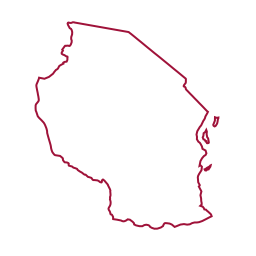 United Republic of Tanzania, Mercator projection, rotated 10°
{"feature_id": "TZA", "entity_name": "United Republic of Tanzania", "entity_type": "country or territory", "adm_level": 0, "iso_a3": "TZA", "parent_name": "Africa", "parent_adm1": "", "projection": "mercator", "projection_center": [35.057, -6.356], "detail": "fine", "context": "isolated", "style": "outline", "palette": "rose", "viewbox_px": 256, "rotation_deg": 10, "n_neighbors": 0, "source": "natural_earth", "source_scale": "50m", "svg_char_len": 4408}
<svg xmlns="http://www.w3.org/2000/svg" viewBox="0 0 256 256"><g transform="rotate(10 128 128)"><path d="M93.4,181.5L92.4,181.1L90.5,180.0L87.9,179.1L85.8,178.1L84.9,177.1L82.9,176.7L81.1,176.5L79.5,175.6L77.9,175.5L76.3,175.3L75.9,174.6L75.8,173.3L75.3,172.9L74.1,172.6L72.8,172.6L72.0,172.8L71.5,172.7L70.5,171.9L69.5,170.8L69.1,169.2L67.6,168.2L65.9,167.3L61.1,167.4L60.3,167.2L59.2,166.3L57.8,165.0L56.8,163.4L55.8,161.3L55.4,160.0L54.8,158.4L53.7,156.1L52.0,152.7L50.7,150.0L49.3,147.0L48.8,144.9L47.7,142.5L45.9,139.6L45.0,138.4L44.1,137.4L41.5,135.4L38.6,133.4L37.1,132.1L35.0,128.2L34.1,126.8L33.5,124.3L33.1,121.7L33.3,120.6L35.1,117.3L35.3,116.3L35.1,115.1L34.2,112.4L33.5,110.7L33.0,109.2L32.0,106.7L30.7,103.3L30.3,101.8L30.4,100.7L31.1,97.8L31.7,94.8L31.7,93.9L37.2,94.0L38.1,93.4L41.3,91.4L44.8,87.5L45.5,85.9L46.9,83.4L48.3,82.2L48.8,81.3L49.2,79.9L49.6,78.8L51.5,77.1L53.3,75.8L53.1,75.3L52.9,74.9L53.2,74.6L54.1,73.9L56.0,73.3L56.4,72.0L56.4,70.5L56.1,69.7L56.2,68.7L55.9,68.2L54.6,68.1L52.8,67.3L51.2,67.0L50.2,66.6L49.8,66.3L49.6,65.4L49.9,64.4L50.1,64.1L50.5,63.1L49.8,62.5L49.6,62.2L49.9,61.7L51.5,58.4L51.9,57.9L52.6,57.9L53.7,57.5L54.7,57.3L55.6,57.4L56.2,57.3L56.7,56.8L57.2,55.6L57.6,53.4L57.4,51.7L56.6,50.3L56.3,48.3L56.7,45.5L56.4,43.2L55.6,41.4L54.7,40.3L53.3,39.8L51.1,37.0L50.4,35.7L50.6,34.8L51.1,34.5L51.3,34.5L52.7,34.6L54.0,34.3L55.2,33.5L56.4,33.3L56.6,33.3L57.0,33.4L58.8,33.4L62.0,33.4L65.1,33.4L68.2,33.4L71.3,33.4L74.4,33.4L77.5,33.4L80.7,33.4L83.8,33.4L86.9,33.4L90.0,33.4L93.1,33.4L96.3,33.4L99.4,33.4L102.5,33.4L105.6,33.4L108.7,33.4L110.6,33.4L112.0,33.4L113.2,34.1L114.6,34.8L118.4,36.9L122.1,39.0L125.9,41.1L129.6,43.2L133.3,45.3L137.1,47.4L140.8,49.5L144.5,51.5L148.3,53.6L152.0,55.7L155.8,57.8L159.5,59.9L163.2,62.0L167.0,64.1L170.7,66.2L174.4,68.3L176.2,69.3L176.5,69.7L176.8,71.6L177.0,72.8L176.9,73.8L175.9,75.6L175.6,76.5L175.6,77.2L175.8,77.4L176.7,77.5L177.4,78.0L177.7,78.3L178.2,79.6L178.9,80.3L180.5,81.4L183.2,83.4L185.9,85.3L188.6,87.3L191.3,89.2L194.0,91.2L196.7,93.1L199.3,95.0L202.0,97.0L203.3,97.9L203.9,98.2L203.5,99.7L202.2,103.3L202.1,104.8L201.6,106.5L201.0,107.7L199.6,112.7L198.5,114.6L196.8,119.1L196.6,122.5L197.5,124.8L197.8,127.1L199.7,129.3L201.2,130.0L202.2,131.0L204.0,133.3L205.0,135.6L208.3,136.7L209.6,139.3L209.1,141.1L207.6,142.5L206.2,144.9L205.1,148.0L205.0,152.8L205.8,152.1L207.5,153.3L207.7,156.8L206.0,160.9L205.4,162.8L205.3,164.4L206.6,169.3L208.6,171.8L208.4,172.6L207.9,173.3L211.3,177.7L211.0,181.6L212.2,184.6L212.8,187.2L213.6,189.2L213.8,190.6L212.7,192.1L215.2,192.5L216.6,193.7L217.3,194.9L219.0,194.9L220.0,195.7L221.3,196.4L224.4,198.4L225.2,199.4L225.5,200.0L225.7,200.4L223.6,201.9L220.5,204.3L217.3,206.7L214.3,208.4L212.2,209.1L209.9,209.5L207.7,210.5L205.6,212.1L203.0,212.9L199.8,212.9L196.4,214.0L193.1,216.1L191.1,217.3L188.0,215.5L185.6,214.9L182.8,215.0L181.1,215.2L180.5,215.6L179.9,216.7L179.5,218.5L177.6,220.3L174.4,222.0L171.5,222.6L168.8,222.2L166.9,221.5L166.0,220.5L164.6,220.1L162.7,220.1L160.9,220.8L159.2,222.2L156.5,222.7L152.8,222.5L150.8,221.9L150.5,220.8L148.8,219.5L145.8,218.0L143.6,218.0L142.2,219.4L140.9,220.3L139.8,220.7L138.7,220.7L137.8,220.5L137.2,220.3L133.1,220.2L129.2,220.3L129.0,219.6L128.8,218.2L127.9,217.0L127.2,216.2L126.4,216.0L125.9,216.0L125.5,215.4L125.1,214.2L124.4,213.1L123.5,212.2L123.0,211.4L122.8,210.6L123.0,209.7L123.8,207.6L124.0,206.2L123.9,204.7L123.5,203.2L122.6,201.4L122.7,200.9L122.4,199.7L122.3,198.8L122.5,197.8L122.3,196.4L121.5,193.4L121.5,192.6L120.7,191.2L118.1,187.7L118.0,187.3L113.9,183.9L112.3,183.1L111.7,183.7L111.4,184.3L111.6,185.4L111.5,186.0L111.3,186.2L110.4,186.2L109.8,186.1L108.2,185.2L107.0,184.9L104.0,185.1L103.0,185.3L102.2,185.1L100.6,183.5L98.7,183.2L97.1,183.1L94.3,181.3L93.7,181.4L93.4,181.5ZM208.7,124.3L210.1,128.1L209.9,128.8L208.9,129.2L208.4,129.2L207.9,128.6L207.4,127.4L206.7,127.7L205.5,126.2L204.3,126.1L203.2,124.3L203.6,122.7L203.4,120.0L204.7,118.6L205.4,116.3L206.3,117.9L206.5,120.4L207.6,123.3L208.6,124.2L208.7,124.3ZM215.2,102.0L215.3,102.9L215.0,103.7L215.1,106.3L215.0,108.1L214.0,110.6L213.1,111.4L212.4,111.2L211.8,110.8L211.4,110.1L212.3,105.6L211.8,102.3L213.7,102.6L215.2,102.0ZM212.5,156.2L211.5,156.4L211.2,156.2L210.6,155.4L211.6,154.8L212.6,153.6L214.9,151.8L215.6,150.6L215.9,150.4L215.8,151.8L214.5,154.8L213.4,155.0L212.5,156.2Z" fill="none" stroke="#9f1239" stroke-width="2"/></g></svg>